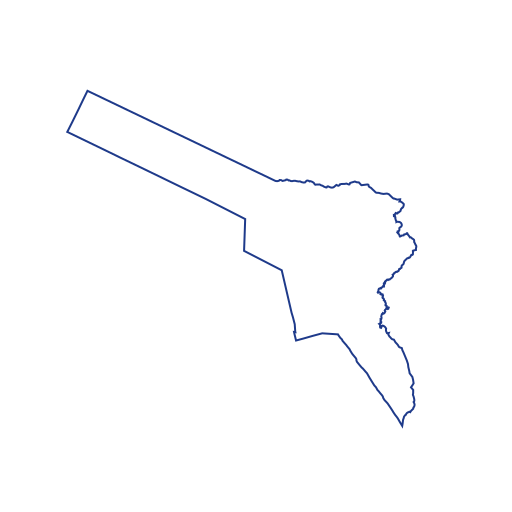 Faasaleleaga I, Fa'asaleleaga, Samoa (Natural Earth projection), rotated 348°
{"feature_id": "51752279B74784353910283", "entity_name": "Faasaleleaga I", "entity_type": "district", "adm_level": 2, "iso_a3": "WSM", "parent_name": "Samoa", "parent_adm1": "Fa'asaleleaga", "projection": "natural_earth1", "projection_center": [-172.223, -13.71], "detail": "fine", "context": "isolated", "style": "outline", "palette": "blue", "viewbox_px": 512, "rotation_deg": 348, "n_neighbors": 0, "source": "geoboundaries", "source_scale": "gbopen_adm2", "svg_char_len": 5344}
<svg xmlns="http://www.w3.org/2000/svg" viewBox="0 0 512 512"><g transform="rotate(348 256 256)"><path d="M408.8,230.5L405.8,230.2L402.9,228.4L402.5,228.4L401.9,227.8L401.0,226.5L398.8,223.2L397.4,222.3L396.5,222.1L393.6,221.8L391.3,220.9L389.3,219.8L387.1,219.2L386.3,218.7L385.2,217.0L384.0,215.3L382.7,213.3L381.2,212.0L380.8,211.3L380.8,209.9L380.4,209.4L379.8,209.2L377.7,209.0L375.4,208.8L374.0,208.7L373.7,208.5L371.9,205.4L369.8,204.8L368.2,203.7L363.3,204.1L362.3,205.4L361.6,205.3L359.6,204.0L357.6,203.9L354.4,203.3L352.9,203.4L352.5,204.1L351.0,204.4L349.4,203.2L346.6,204.7L345.5,205.0L344.0,204.8L343.0,204.3L340.9,202.8L340.1,202.9L339.4,203.6L338.9,203.6L337.0,202.4L335.7,201.1L334.4,200.4L333.2,199.3L330.1,198.7L328.8,198.6L328.2,197.7L327.7,196.4L326.5,195.2L325.6,194.6L324.7,194.1L323.9,194.2L323.2,193.4L321.7,192.8L320.8,193.1L319.3,194.2L318.0,194.1L316.1,193.3L314.6,192.2L313.0,191.9L311.2,191.2L310.0,190.6L308.7,190.3L306.9,190.3L305.6,189.9L304.3,188.9L303.6,188.9L302.8,187.9L301.5,187.5L300.8,188.0L297.6,188.1L296.2,186.9L294.9,186.6L294.0,187.2L292.2,187.2L290.6,186.6L125.5,59.4L119.7,66.8L112.6,76.0L104.1,86.8L97.2,95.4L132.0,122.4L143.0,131.0L168.7,150.9L198.4,174.0L207.2,180.8L218.8,189.8L253.1,217.6L245.4,248.5L278.2,275.3L279.0,318.9L279.4,323.7L279.7,330.8L278.7,337.8L278.7,338.7L277.4,338.2L277.4,340.0L277.6,347.0L285.0,346.6L295.2,345.9L304.7,345.4L319.9,349.7L320.2,350.7L321.4,353.5L322.8,355.6L322.9,356.7L324.2,359.1L325.9,362.1L326.4,363.3L328.1,366.5L328.6,368.4L329.7,371.5L330.6,373.3L332.4,376.7L332.7,377.9L332.5,379.2L332.8,380.6L334.9,384.7L335.5,385.8L336.2,387.1L337.0,388.1L338.4,390.6L338.8,391.4L340.2,393.8L341.8,398.9L342.5,400.8L342.8,401.7L344.8,407.2L346.1,409.4L346.9,412.2L347.3,412.9L347.9,413.8L348.8,415.7L350.5,418.8L350.9,420.2L350.9,421.2L351.5,423.0L351.9,423.9L353.3,426.2L354.1,427.6L356.0,432.3L356.4,433.3L357.5,436.2L357.8,437.2L359.0,440.2L360.1,442.4L360.9,444.2L361.7,446.7L362.1,448.0L363.7,452.6L364.5,450.6L365.8,446.8L366.8,445.2L367.3,444.1L368.6,442.8L369.4,442.6L370.0,441.8L370.8,441.1L371.8,440.6L372.8,440.5L373.6,440.2L374.4,440.8L375.0,440.1L375.8,439.5L378.0,438.1L378.5,436.9L379.1,436.5L379.8,435.5L380.2,434.4L380.2,433.0L379.8,431.6L380.4,431.2L380.9,430.0L381.0,428.2L380.9,426.0L380.6,424.4L381.2,422.9L381.9,419.7L380.3,416.7L382.1,415.0L383.7,413.3L383.9,409.7L383.8,406.8L381.9,402.7L382.0,400.4L381.9,396.3L382.2,393.3L381.8,389.6L380.2,381.0L379.6,378.6L379.5,376.4L377.7,375.3L376.9,374.5L376.3,372.6L375.5,371.1L374.5,369.5L373.5,366.5L371.9,365.7L371.1,364.7L370.5,363.5L369.8,362.5L369.3,361.0L369.1,360.0L369.9,358.9L369.1,358.9L368.1,358.7L367.8,357.5L367.6,356.1L367.8,355.1L368.2,354.0L367.5,352.3L366.6,351.2L365.5,350.4L364.4,350.5L364.2,351.2L363.4,352.3L362.6,351.8L362.6,351.1L363.0,349.5L362.8,348.5L362.4,348.0L363.5,347.6L364.0,347.7L364.6,347.3L364.8,346.6L364.2,346.1L364.7,343.8L365.2,344.1L365.8,343.0L366.0,342.4L365.9,341.3L366.5,340.0L367.1,339.0L367.6,339.0L368.2,338.2L368.9,338.9L369.8,338.5L370.9,337.2L370.5,336.3L371.1,335.5L372.0,335.1L372.3,334.6L372.9,334.2L373.5,334.9L373.8,334.5L374.5,335.0L375.1,334.0L374.8,333.8L374.1,334.1L373.1,333.1L373.5,332.2L372.4,331.2L372.4,330.8L373.1,330.0L373.0,328.4L372.7,327.9L372.9,327.0L372.3,326.5L371.8,325.8L372.2,325.2L372.0,324.2L371.2,323.5L371.1,322.9L371.6,322.3L371.5,321.7L372.0,321.2L371.9,319.9L371.5,319.7L370.8,319.9L369.9,319.3L370.3,318.7L370.1,318.2L369.5,317.3L369.0,317.2L368.4,316.6L367.7,317.2L367.5,316.8L368.4,315.7L368.9,314.3L369.4,313.6L370.0,313.5L370.5,313.7L370.8,313.3L371.5,313.1L371.9,313.5L372.2,313.1L373.0,312.7L374.0,311.9L374.7,312.5L375.0,312.1L375.3,309.4L375.9,308.9L376.5,309.5L376.8,309.0L376.9,307.8L377.8,307.2L378.3,307.3L379.2,306.4L379.8,306.4L380.3,306.9L381.1,306.5L381.8,306.8L383.1,306.0L383.7,305.9L385.0,305.0L385.7,304.4L386.0,303.5L385.8,302.7L386.9,302.3L387.3,301.6L387.9,301.6L389.0,300.8L389.7,300.6L390.5,300.9L391.1,300.4L391.7,300.5L392.5,300.1L392.8,299.5L393.4,298.5L394.2,298.6L394.5,298.2L395.8,297.8L396.1,297.2L396.2,296.4L396.6,295.6L398.0,294.9L398.7,294.4L399.6,292.5L400.0,291.9L401.0,291.2L403.4,289.7L404.0,289.7L404.8,289.4L405.0,289.7L406.1,289.4L406.8,288.8L407.8,287.6L408.2,287.2L409.3,287.4L409.8,287.0L410.4,284.7L410.5,283.6L410.8,283.4L412.4,283.4L413.3,283.2L413.7,283.3L414.0,281.9L414.6,280.6L414.8,279.9L414.8,279.0L414.3,278.0L414.2,277.1L413.6,275.1L413.9,274.3L413.9,273.0L413.4,272.3L412.3,271.3L411.7,270.3L410.9,269.7L410.5,269.8L409.7,267.9L409.0,266.6L408.7,265.2L408.1,265.1L407.5,265.7L407.1,265.8L405.4,265.7L404.7,266.5L402.7,266.3L402.2,266.6L400.9,266.9L400.6,266.2L400.6,264.9L400.1,264.0L399.6,263.4L399.3,262.7L400.0,262.7L400.2,262.4L400.4,261.6L400.1,261.3L401.3,261.0L401.7,260.2L402.0,258.5L402.9,257.9L404.2,257.4L404.9,256.5L405.1,255.5L405.0,254.7L404.7,253.8L403.6,252.6L402.9,252.3L402.2,252.2L401.0,251.7L400.4,251.9L400.5,251.3L400.3,250.7L400.2,250.0L400.1,247.8L400.4,247.1L400.1,246.3L399.2,245.8L399.4,244.6L400.3,245.0L400.4,244.2L400.7,243.9L401.6,243.0L402.6,243.8L403.1,243.8L403.6,243.0L404.2,242.9L404.5,243.1L406.7,242.0L407.2,241.0L407.7,240.2L409.1,239.2L409.3,239.3L410.1,238.7L410.9,237.4L411.3,236.2L411.3,235.8L410.2,234.2L408.7,232.7L407.7,232.5L408.4,231.6L408.8,230.5Z" fill="none" stroke="#1e3a8a" stroke-width="2"/></g></svg>